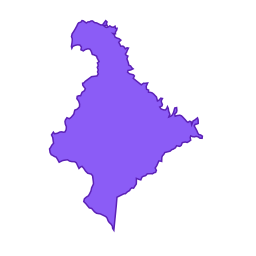 outline of Jacarezinho, Paraná, Brazil, rotated 188°
{"feature_id": "56859067B90346200090543", "entity_name": "Jacarezinho", "entity_type": "district", "adm_level": 2, "iso_a3": "BRA", "parent_name": "Brazil", "parent_adm1": "Paraná", "projection": "natural_earth1", "projection_center": [-49.952, -23.147], "detail": "fine", "context": "isolated", "style": "filled", "palette": "violet", "viewbox_px": 256, "rotation_deg": 188, "n_neighbors": 0, "source": "geoboundaries", "source_scale": "gbopen_adm2", "svg_char_len": 3852}
<svg xmlns="http://www.w3.org/2000/svg" viewBox="0 0 256 256"><g transform="rotate(188 128 128)"><path d="M191.4,84.5L189.7,85.7L188.3,86.6L186.7,87.2L183.5,88.1L181.2,87.1L179.1,86.9L176.1,87.2L174.3,86.3L173.2,84.6L170.9,81.1L169.7,82.7L168.2,83.6L166.4,82.1L164.0,79.4L161.6,77.6L158.0,77.2L156.4,75.7L155.7,73.1L154.9,70.2L154.4,67.8L155.7,63.7L155.9,60.6L156.9,57.4L157.8,55.3L159.6,53.8L161.3,51.9L161.6,49.0L159.2,47.2L157.6,45.7L155.2,43.5L152.8,43.3L149.6,40.4L147.3,39.2L145.3,39.1L143.5,39.1L138.5,37.5L137.2,36.9L136.0,35.7L135.1,33.9L134.2,32.6L133.1,31.6L131.5,30.5L129.9,28.8L129.2,26.4L127.8,24.8L128.8,49.5L129.3,57.9L122.9,62.3L121.4,62.6L119.7,64.7L117.7,66.3L117.2,67.8L116.0,69.2L114.1,69.2L112.0,73.7L112.2,76.1L112.7,79.3L109.8,78.6L108.1,78.4L107.4,81.2L106.3,82.2L103.9,83.3L102.5,85.3L98.8,86.0L97.5,86.0L95.8,87.4L94.5,87.9L94.0,90.0L95.5,92.2L94.2,94.9L93.4,97.8L92.9,99.6L91.5,99.8L90.0,99.6L90.4,103.5L90.1,105.1L88.9,106.9L88.2,108.8L85.8,109.8L83.1,110.9L81.6,112.7L80.3,113.3L78.3,115.0L77.4,117.2L75.8,117.1L74.2,117.0L72.9,118.2L72.2,121.1L69.4,122.1L67.4,121.9L65.9,123.0L64.2,124.7L65.1,127.2L64.8,128.9L62.8,128.4L60.8,128.5L59.5,129.2L57.3,129.0L55.4,127.9L53.2,128.1L53.2,130.3L55.0,131.2L57.2,131.5L58.4,133.1L59.5,135.0L60.9,136.9L62.7,139.3L61.9,141.1L60.6,141.4L59.1,142.3L59.7,145.8L60.6,147.7L63.2,145.0L64.5,144.1L65.4,140.1L66.4,143.0L67.9,143.3L69.4,141.9L70.8,142.6L72.4,144.1L75.5,146.6L76.8,147.5L78.5,147.9L81.2,147.1L82.9,146.2L83.7,148.4L82.2,150.2L82.0,152.1L82.7,155.0L84.5,154.3L84.8,151.9L85.1,149.8L85.8,147.3L87.3,145.6L89.1,144.6L88.4,147.3L90.1,150.4L90.9,153.1L91.9,154.6L92.3,153.0L93.4,151.1L95.1,150.9L97.8,151.4L99.5,153.2L97.4,154.6L97.2,156.1L98.3,157.9L98.9,159.5L98.0,162.0L99.7,162.1L101.5,159.5L102.6,158.9L104.1,162.6L106.0,164.1L107.2,165.1L108.9,166.1L110.4,166.4L112.7,166.3L112.9,168.4L115.0,168.9L115.8,171.7L115.2,173.9L114.8,175.3L117.4,174.6L118.8,174.5L120.9,172.6L123.2,174.0L125.6,175.4L127.7,176.7L129.7,177.9L128.9,180.4L130.0,181.4L134.0,181.9L136.2,183.2L136.0,185.0L133.5,185.8L131.2,187.3L132.5,188.1L134.1,189.8L136.0,190.4L136.6,192.3L137.6,194.3L138.7,196.3L138.1,199.2L139.7,199.6L140.9,200.9L139.9,203.0L139.6,204.6L138.7,207.2L140.1,207.3L141.7,206.0L142.9,207.5L144.4,208.4L146.6,208.0L147.5,209.4L149.1,211.6L147.3,214.0L149.3,215.2L151.2,215.5L153.4,216.2L154.6,218.4L156.1,219.5L153.5,219.5L153.8,221.4L152.9,223.2L152.7,225.2L154.2,224.9L155.0,227.0L156.5,225.7L158.3,225.7L160.2,226.6L161.2,225.6L163.0,224.6L164.3,224.7L166.2,225.9L164.7,226.5L162.9,226.5L163.9,228.3L163.5,230.1L165.0,231.2L165.8,229.8L166.9,227.8L167.6,226.5L169.5,226.3L173.6,227.7L175.7,227.7L178.0,229.1L179.4,228.9L180.9,227.8L182.4,227.5L183.9,226.2L187.2,227.9L188.5,228.0L189.4,226.3L191.5,225.3L192.2,224.1L192.8,222.1L194.1,218.6L195.4,215.6L196.4,213.6L196.7,210.6L195.7,208.8L195.4,207.1L195.3,204.8L195.4,200.8L194.7,199.2L194.1,201.1L192.0,202.4L189.8,203.3L187.3,203.5L185.4,201.7L185.5,198.9L183.0,198.1L181.3,199.7L178.7,200.9L176.8,200.8L175.7,199.7L174.9,198.5L173.6,195.9L171.5,195.6L169.0,194.7L168.5,193.3L165.9,189.7L167.4,188.2L166.5,186.9L166.2,185.3L166.9,183.9L165.5,181.3L166.0,179.3L164.9,177.4L166.0,175.2L171.2,173.8L176.9,168.2L177.9,166.6L179.2,166.0L178.8,164.2L177.6,162.8L175.7,161.0L176.3,158.9L178.5,156.9L179.4,153.4L181.0,153.2L182.7,152.3L182.7,149.9L180.8,148.0L179.8,146.2L179.2,144.7L179.0,142.2L180.8,139.7L183.2,138.3L183.6,134.2L185.6,130.9L187.3,129.1L188.6,129.3L189.9,129.7L191.1,127.2L191.3,125.5L190.6,123.1L189.2,120.7L189.0,117.8L189.9,115.3L191.5,114.8L193.0,115.0L194.8,114.6L197.3,112.9L200.0,112.1L201.3,113.5L202.8,110.5L201.2,108.1L199.6,102.5L200.9,100.6L202.0,97.8L202.8,96.4L201.7,92.8L200.3,90.9L198.6,90.3L196.8,89.5L195.2,89.2L193.9,87.8L191.4,84.5Z" fill="#8b5cf6" stroke="#5b21b6" stroke-width="1.5"/></g></svg>